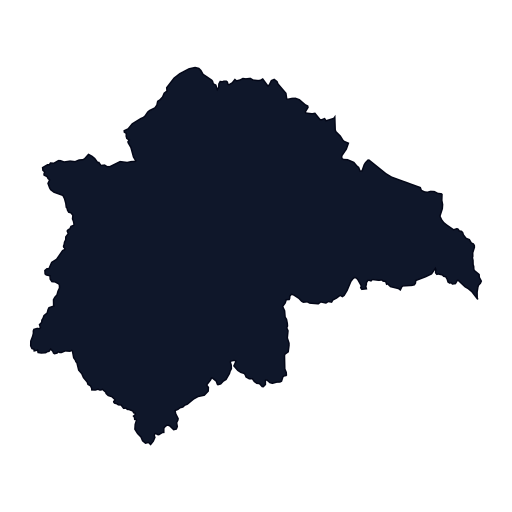 outline of Ba To, Quảng Ngãi, Vietnam
{"feature_id": "81297802B2421652022296", "entity_name": "Ba To", "entity_type": "district", "adm_level": 2, "iso_a3": "VNM", "parent_name": "Vietnam", "parent_adm1": "Quảng Ngãi", "projection": "robinson", "projection_center": [108.67, 14.715], "detail": "fine", "context": "isolated", "style": "filled", "palette": "ink", "viewbox_px": 512, "rotation_deg": 0, "n_neighbors": 0, "source": "geoboundaries", "source_scale": "gbopen_adm2", "svg_char_len": 5954}
<svg xmlns="http://www.w3.org/2000/svg" viewBox="0 0 512 512"><path d="M471.9,291.7L477.8,299.4L477.2,297.8L477.1,292.1L477.9,287.1L478.5,285.2L480.4,283.2L481.3,281.1L479.3,277.4L479.1,274.5L474.3,270.5L473.8,269.2L473.7,266.4L473.1,264.6L473.0,260.3L472.4,257.7L472.8,256.3L472.7,252.8L474.4,247.3L474.3,245.4L473.3,243.9L471.3,243.0L469.3,239.6L466.1,238.4L463.4,234.9L462.6,232.5L461.4,231.3L459.3,231.0L458.1,229.2L456.9,228.7L453.6,229.8L446.5,224.9L443.7,222.6L441.7,220.0L439.9,216.2L442.3,208.7L442.6,204.6L441.8,200.4L442.0,194.4L441.3,193.8L437.7,193.4L434.3,191.6L430.6,191.4L427.4,192.3L424.5,191.9L421.3,190.4L420.3,187.6L391.5,177.1L385.9,173.7L369.0,160.1L368.0,160.1L365.5,162.7L364.2,164.8L362.4,170.0L362.0,170.9L360.9,171.2L360.0,171.0L358.6,167.4L356.8,166.0L353.8,162.4L347.5,159.7L343.6,159.5L342.2,158.9L341.7,157.5L341.8,155.7L346.3,149.1L348.4,143.2L344.1,141.4L342.9,140.3L340.3,136.1L335.8,131.6L335.2,129.7L334.8,117.0L333.8,118.4L326.0,120.8L324.6,118.6L321.6,119.8L320.1,119.7L314.9,113.3L312.2,113.8L306.2,113.1L305.6,112.7L305.4,111.7L308.0,107.4L307.7,106.0L305.2,104.8L299.3,99.7L295.4,98.3L292.1,98.4L287.8,99.3L286.7,98.9L285.9,93.3L277.9,83.9L277.0,81.6L274.2,79.4L271.4,80.6L269.5,84.5L268.0,86.2L262.7,79.0L260.5,80.3L258.2,80.6L253.1,80.1L250.3,78.4L245.8,78.9L242.9,78.5L240.3,79.9L236.5,80.9L234.9,79.5L232.3,82.8L229.1,84.7L228.0,84.4L227.3,82.0L226.3,81.2L223.9,81.2L222.3,81.8L220.2,81.5L218.9,83.9L218.7,87.5L217.3,89.6L215.8,85.1L213.3,83.9L212.5,81.2L211.6,80.1L203.0,74.3L200.9,70.5L198.8,68.4L195.1,67.5L189.1,68.8L179.9,73.6L174.1,78.1L166.7,87.7L167.0,91.0L164.2,93.2L162.6,97.0L159.9,99.9L157.7,101.3L156.9,105.1L154.9,107.9L149.6,110.5L147.8,112.0L145.0,116.1L143.3,117.5L140.9,118.5L132.3,123.8L128.1,128.9L124.2,130.7L124.3,132.1L126.3,133.4L126.2,136.2L126.8,138.4L129.3,140.1L128.0,141.6L128.1,142.6L130.9,147.4L133.5,157.0L135.9,160.9L135.3,161.4L131.2,161.6L127.2,162.5L120.1,161.6L109.8,166.7L107.1,166.7L104.6,165.1L100.9,165.5L98.8,162.4L97.6,162.5L94.7,158.5L92.0,156.3L88.5,154.4L84.6,158.8L82.9,159.7L79.1,160.0L75.1,161.7L70.1,161.1L64.1,162.0L60.5,160.7L58.5,160.6L53.8,163.3L50.5,163.0L49.3,164.8L47.6,164.7L42.6,167.6L42.9,170.3L44.7,171.9L44.0,174.0L44.1,175.1L47.1,176.6L48.1,178.6L49.7,179.9L48.0,183.4L49.7,188.0L50.7,189.7L54.0,192.2L62.9,195.4L64.5,198.6L65.8,203.3L66.3,207.3L67.1,208.2L67.5,210.1L68.7,212.2L70.9,212.8L72.9,215.3L72.5,218.9L73.5,221.4L74.1,224.6L73.5,225.4L71.0,226.4L69.9,228.9L68.2,229.7L67.2,231.0L68.3,233.6L65.8,236.9L65.7,239.8L64.5,242.2L64.2,244.3L63.5,246.2L63.8,247.3L64.8,248.3L64.8,249.5L62.6,250.6L56.6,259.3L51.7,262.4L48.9,268.8L47.0,268.7L44.9,270.5L45.1,273.9L46.2,274.9L50.0,275.8L50.2,279.1L51.9,281.6L55.1,281.9L58.9,284.0L59.4,285.2L59.5,288.0L58.0,291.2L57.0,294.9L54.9,297.2L53.5,299.7L53.6,305.1L54.0,306.0L49.0,307.7L48.1,309.5L47.2,313.0L44.0,315.6L43.0,318.4L41.9,320.1L41.7,322.4L39.5,324.6L40.5,327.8L39.1,328.7L37.3,328.4L33.9,329.4L33.3,331.0L33.4,333.2L32.7,336.1L30.8,341.1L30.7,345.8L32.0,348.6L33.9,349.1L34.2,350.9L37.6,350.1L38.1,352.5L41.3,353.0L45.7,352.7L46.9,351.8L49.0,351.3L50.7,349.0L52.9,351.4L53.5,353.0L54.5,353.7L57.0,353.1L58.3,351.8L59.8,352.5L61.4,352.5L65.2,350.9L69.9,351.2L71.7,350.4L72.5,351.3L73.7,357.8L75.3,360.0L75.9,361.7L76.9,362.7L78.7,370.1L81.8,373.7L83.5,377.6L87.2,382.0L88.0,384.4L90.5,385.8L91.7,388.2L91.8,389.9L95.3,390.0L98.1,389.2L99.4,389.9L100.9,390.0L102.4,389.3L105.8,392.2L106.1,393.5L108.2,395.5L111.9,396.7L115.1,399.7L115.1,400.3L113.7,401.4L113.8,402.2L114.5,403.1L116.9,403.8L118.3,404.8L121.1,405.0L123.6,408.3L126.1,408.1L127.3,409.4L129.0,409.5L132.8,411.0L133.7,412.8L135.3,413.3L135.3,414.6L133.5,416.1L134.5,417.3L134.7,419.4L136.0,419.4L136.5,420.2L135.2,424.4L134.9,429.2L137.6,433.5L141.0,437.0L142.6,440.8L145.5,443.2L148.5,442.4L150.6,444.5L153.3,441.1L154.9,437.3L154.2,435.7L154.9,433.6L155.8,433.5L157.7,434.6L158.8,434.7L162.4,432.5L163.8,432.4L163.8,428.3L164.6,427.1L166.7,425.3L168.1,425.2L169.8,425.9L173.7,429.7L176.3,429.0L177.3,426.6L176.6,422.7L177.9,420.0L178.1,418.6L175.7,413.8L175.0,410.6L177.9,409.4L179.9,407.8L182.9,407.0L184.7,405.2L187.3,404.2L193.6,399.0L198.1,396.5L204.3,395.2L208.2,391.1L208.4,387.4L206.6,385.0L210.5,380.0L211.6,377.8L212.1,377.8L216.3,381.2L217.3,384.1L217.9,384.7L220.7,383.9L223.2,381.2L226.0,379.5L229.4,373.6L230.1,371.1L231.4,368.7L231.2,365.0L230.3,362.1L230.5,361.4L231.4,360.9L234.2,360.4L235.8,360.9L235.7,361.9L233.9,365.9L237.8,370.4L240.9,372.4L244.1,373.4L245.1,374.5L246.1,377.0L249.3,378.8L252.4,378.7L254.3,381.5L256.8,383.3L259.5,383.6L262.2,386.6L263.3,386.7L265.4,384.5L265.4,380.4L266.1,379.9L267.3,380.3L269.9,382.6L272.4,383.3L276.8,382.1L279.9,382.0L281.5,381.2L282.9,376.8L283.8,376.0L286.1,375.5L286.4,375.1L286.2,372.3L284.8,369.0L284.5,355.4L285.0,354.1L288.2,351.8L289.0,345.6L289.0,343.2L287.3,338.0L288.0,330.8L286.7,327.9L287.5,326.0L287.3,323.4L286.5,319.3L285.1,317.1L284.6,310.8L282.6,306.5L285.2,302.9L286.2,299.7L289.2,299.5L289.7,298.1L289.7,296.3L291.5,294.2L293.8,295.0L299.0,298.4L301.6,301.2L303.3,302.2L307.3,301.8L309.8,303.1L318.3,303.8L320.7,301.9L325.9,303.0L328.2,301.5L331.6,302.1L332.8,300.0L336.6,298.0L339.6,295.7L340.6,295.5L342.4,296.6L344.1,295.4L347.1,290.4L350.9,281.3L353.2,278.4L354.8,277.5L356.5,278.1L357.9,279.7L361.1,285.4L361.2,286.5L360.7,287.7L361.8,289.3L366.4,288.8L365.7,286.2L366.3,284.8L366.4,282.7L367.8,280.4L369.2,280.3L371.0,280.9L372.0,279.7L373.1,279.6L379.0,280.3L381.7,279.9L383.1,281.1L385.7,281.5L386.6,284.2L387.6,283.8L390.5,286.6L398.6,288.6L400.3,289.9L401.9,286.6L403.0,285.9L411.8,285.4L414.3,284.8L415.4,283.2L415.8,280.5L425.7,276.7L431.5,273.9L435.4,268.3L435.8,269.4L435.6,272.8L436.8,274.3L438.3,274.0L442.4,274.9L443.7,276.3L445.7,276.7L447.1,279.0L448.1,282.1L449.8,283.1L451.2,282.6L452.4,284.0L455.4,283.6L457.4,280.3L458.2,280.3L465.1,286.8L468.2,288.6L471.9,291.7Z" fill="#0f172a" stroke="#020617" stroke-width="1.5"/></svg>